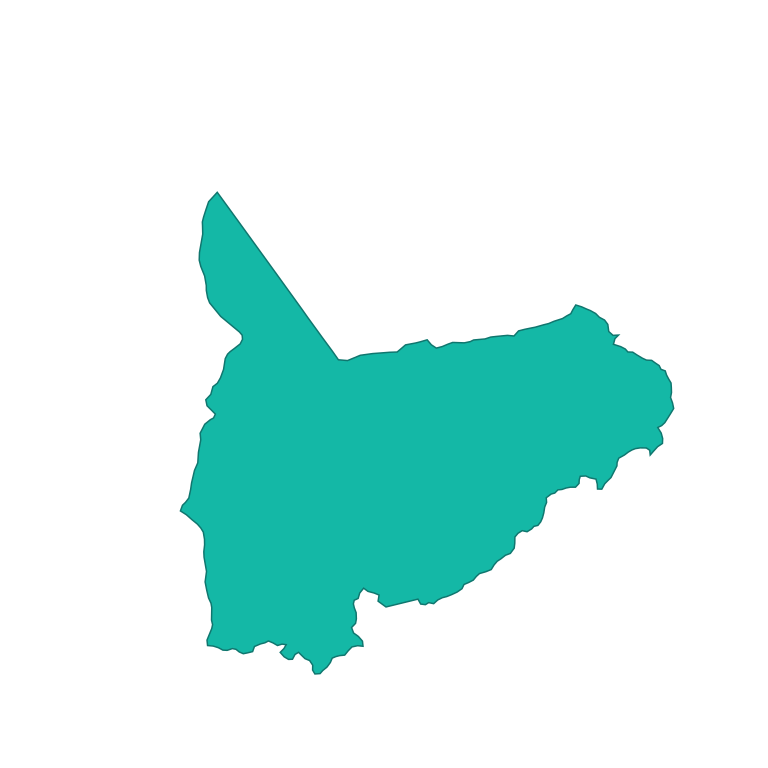 outline of Canindé de São Francisco, Sergipe, Brazil, rotated 247°
{"feature_id": "56859067B69154990802768", "entity_name": "Canindé de São Francisco", "entity_type": "district", "adm_level": 2, "iso_a3": "BRA", "parent_name": "Brazil", "parent_adm1": "Sergipe", "projection": "albers", "projection_center": [-37.94, -9.729], "detail": "fine", "context": "isolated", "style": "filled", "palette": "teal", "viewbox_px": 768, "rotation_deg": 247, "n_neighbors": 0, "source": "geoboundaries", "source_scale": "gbopen_adm2", "svg_char_len": 3591}
<svg xmlns="http://www.w3.org/2000/svg" viewBox="0 0 768 768"><g transform="rotate(247 384 384)"><path d="M212.2,119.4L209.5,124.4L206.0,128.5L202.0,131.7L200.1,135.6L199.7,141.0L197.6,144.1L194.0,146.0L190.7,149.1L189.8,153.5L189.0,158.5L193.0,162.2L193.0,168.8L192.3,173.3L192.6,177.2L189.0,180.7L184.9,183.8L184.4,188.5L182.3,192.1L179.6,188.6L177.5,183.6L171.9,185.5L167.8,188.5L166.4,192.2L169.8,196.4L170.4,200.5L166.0,202.3L162.0,204.0L158.5,207.5L153.0,208.5L148.6,206.5L144.1,207.1L142.4,212.0L144.2,215.7L145.7,220.9L148.6,225.8L151.9,229.2L151.9,233.2L151.3,237.1L149.8,241.9L152.4,246.8L154.5,251.8L153.4,257.5L150.8,262.2L155.7,263.7L161.6,261.8L166.7,258.7L172.5,259.0L174.8,264.3L178.6,266.8L184.4,269.0L189.5,269.2L193.6,269.9L196.6,272.1L196.7,276.4L201.1,280.0L204.0,285.5L199.4,288.2L195.4,293.3L191.7,297.0L186.4,293.7L178.0,298.7L172.7,331.2L167.1,331.8L164.7,335.9L165.3,339.7L162.4,343.9L164.2,349.1L164.5,354.2L163.8,358.8L163.7,364.0L163.9,370.0L165.1,375.8L168.2,379.3L168.2,384.3L168.6,389.6L170.8,393.8L172.2,397.8L171.4,404.5L171.3,410.2L174.5,414.7L176.6,418.9L177.4,423.4L178.9,428.8L178.7,434.1L182.0,439.7L186.4,442.2L192.0,444.7L194.2,448.9L195.0,453.9L192.1,458.0L192.9,463.2L194.4,466.4L193.7,470.4L195.9,474.4L198.8,477.5L202.9,480.7L207.9,483.8L211.5,487.4L215.9,488.9L217.4,494.9L216.9,498.6L218.6,502.7L217.4,506.6L217.1,511.1L216.2,515.2L214.2,520.0L216.3,524.7L219.6,526.3L222.4,528.6L220.5,533.8L217.2,536.8L213.6,542.0L208.5,541.2L203.9,539.5L202.1,543.4L205.9,548.2L207.7,552.5L209.2,556.4L213.4,561.4L217.6,566.4L220.7,567.9L224.0,571.1L224.7,577.6L225.9,582.4L226.4,586.4L226.3,590.1L225.1,594.9L222.6,600.5L219.2,602.7L214.6,601.3L216.7,605.6L219.4,611.4L220.5,617.1L224.9,619.2L230.5,620.0L237.0,619.0L237.2,623.3L238.7,627.4L242.4,632.8L245.4,637.1L248.3,641.1L253.9,642.2L259.6,642.5L263.8,645.3L268.7,647.2L272.8,648.6L277.2,648.0L281.9,647.6L286.2,648.0L289.3,644.7L293.4,644.5L297.1,642.1L301.2,639.6L303.4,635.0L306.7,632.0L311.9,628.2L316.1,625.4L318.2,621.0L321.9,619.8L325.9,616.5L330.9,610.7L335.5,614.3L337.4,619.0L339.3,613.8L344.5,611.4L351.4,613.3L356.7,612.0L361.3,608.3L366.1,606.4L370.9,602.7L373.8,599.8L377.8,596.1L381.8,591.4L378.6,586.9L375.7,583.4L375.3,578.9L374.5,573.9L375.3,565.1L375.3,559.2L376.1,554.2L377.2,545.4L378.4,539.7L379.4,534.6L380.3,528.6L377.4,522.4L380.5,516.7L383.7,506.6L385.5,500.6L386.0,494.6L389.5,483.7L389.3,480.0L390.5,474.0L393.2,468.2L395.4,463.5L395.7,458.2L395.7,452.3L396.6,446.2L401.6,442.9L407.8,441.0L408.7,433.5L409.4,429.1L411.6,419.1L410.0,414.1L408.3,408.6L411.1,401.3L413.5,394.1L416.4,385.6L419.7,373.4L419.8,359.6L424.1,351.5L434.4,349.3L450.7,345.4L475.0,339.8L484.7,337.7L524.7,328.6L598.4,311.7L625.6,305.4L620.3,293.8L613.8,288.0L608.1,283.1L604.1,280.1L600.6,278.8L592.8,275.7L577.1,265.5L570.2,262.3L563.8,261.3L553.5,261.1L544.1,258.9L539.5,257.0L532.4,255.4L526.8,255.2L510.0,260.1L504.4,263.0L488.3,271.3L484.3,272.5L480.4,271.2L477.1,267.3L475.1,259.9L473.9,255.0L472.6,251.7L469.4,247.8L460.1,242.0L453.6,235.9L449.8,230.9L448.4,225.5L442.1,220.5L439.1,213.8L433.1,212.6L422.2,217.0L419.3,213.8L419.0,210.2L417.0,203.3L410.5,195.5L404.2,193.5L393.6,186.5L384.2,181.8L378.5,175.8L368.1,168.2L362.6,164.9L355.3,159.8L352.6,155.0L351.1,151.1L346.7,147.0L340.9,151.0L334.2,154.2L327.9,157.5L323.0,159.1L318.3,159.8L311.2,158.1L306.0,156.0L300.0,152.6L294.9,150.7L286.0,148.6L280.8,147.4L271.7,142.0L263.2,140.2L255.6,138.9L249.8,139.1L245.5,138.1L234.1,133.0L229.5,132.2L226.2,129.9L217.4,121.0L212.2,119.4Z" fill="#14b8a6" stroke="#0f766e" stroke-width="1.5"/></g></svg>